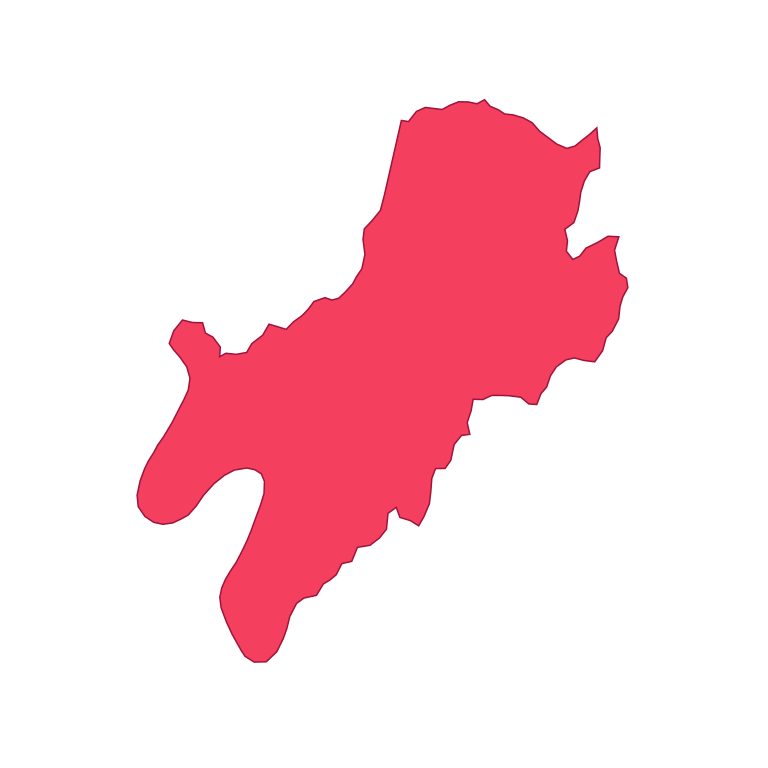 outline of Zortéa, Santa Catarina, Brazil, rotated 12°
{"feature_id": "56859067B42450400254673", "entity_name": "Zortéa", "entity_type": "district", "adm_level": 2, "iso_a3": "BRA", "parent_name": "Brazil", "parent_adm1": "Santa Catarina", "projection": "equal_earth", "projection_center": [-51.539, -27.486], "detail": "fine", "context": "isolated", "style": "filled", "palette": "rose", "viewbox_px": 768, "rotation_deg": 12, "n_neighbors": 0, "source": "geoboundaries", "source_scale": "gbopen_adm2", "svg_char_len": 2424}
<svg xmlns="http://www.w3.org/2000/svg" viewBox="0 0 768 768"><g transform="rotate(12 384 384)"><path d="M346.2,122.6L345.1,199.0L344.4,214.9L338.4,226.6L332.5,236.3L333.4,246.9L338.4,261.2L338.4,275.9L335.0,284.1L332.5,292.6L327.3,301.6L322.0,309.4L315.8,312.7L308.3,311.8L298.3,317.9L294.4,326.5L289.7,334.1L282.7,341.8L276.9,350.9L265.9,349.9L259.1,349.4L255.2,361.5L246.3,371.9L243.1,381.7L233.3,385.7L223.0,386.8L217.6,391.4L216.2,381.9L206.9,373.7L198.7,371.3L193.8,361.8L183.6,363.7L173.6,363.3L167.3,375.6L165.5,389.0L171.2,394.4L178.6,400.0L187.5,408.2L193.0,418.6L193.8,430.5L191.6,440.5L188.4,452.1L184.8,465.5L179.5,481.1L175.4,490.7L172.9,499.3L169.5,508.4L167.4,517.0L165.6,529.4L165.6,544.1L169.1,555.1L177.7,563.3L187.6,567.2L196.9,567.2L206.2,563.8L213.4,558.4L219.7,552.9L225.6,542.6L230.6,530.4L238.3,517.0L246.8,506.6L255.5,499.3L267.3,494.7L275.5,494.7L282.7,497.4L287.3,504.1L289.4,516.0L288.4,527.9L286.2,542.8L284.4,555.7L282.7,565.1L280.1,576.1L276.6,588.9L272.6,599.0L269.5,608.1L267.7,617.2L267.7,626.7L271.2,636.7L279.4,649.6L287.6,660.5L294.0,667.8L299.5,674.1L304.7,679.3L314.8,683.0L326.6,680.2L334.8,668.2L338.4,654.0L339.8,643.4L340.2,631.0L344.1,616.8L350.1,610.1L361.9,604.7L366.2,592.3L371.7,587.1L376.9,580.6L380.1,568.5L389.3,564.2L392.0,549.3L403.8,544.7L411.6,535.6L416.6,525.5L414.8,509.7L421.6,502.1L427.3,511.2L438.0,512.1L447.4,515.5L450.6,505.6L453.3,491.7L452.2,479.8L450.4,466.4L452.0,456.0L461.3,453.9L465.2,444.8L465.2,428.6L470.5,418.2L478.4,415.4L473.4,404.4L474.8,392.0L474.4,380.4L484.1,378.6L491.6,372.8L500.1,371.0L508.5,369.5L520.6,368.5L529.8,373.4L537.7,372.3L539.5,360.9L543.7,353.3L545.1,341.4L549.1,331.3L556.9,322.6L564.9,318.9L574.7,319.4L585.5,318.5L590.9,306.0L591.7,292.6L596.3,285.0L600.0,271.6L598.7,259.1L599.5,249.1L602.5,239.1L599.1,230.1L591.3,226.8L585.9,215.2L581.7,205.2L583.1,191.2L572.4,192.9L563.8,200.9L553.3,209.1L548.9,218.2L542.8,222.9L534.8,216.2L533.7,205.7L528.7,195.1L536.2,186.6L537.7,174.1L537.3,164.2L536.6,155.5L537.8,143.6L541.2,133.5L549.9,127.8L547.8,116.4L546.3,107.9L542.1,99.7L538.9,89.2L532.8,97.6L527.0,104.5L521.3,111.6L513.8,115.5L503.1,113.4L494.0,109.2L483.5,104.3L474.6,97.6L465.2,94.8L454.1,93.9L445.9,94.8L438.8,92.0L429.9,90.2L423.3,85.0L416.6,90.6L407.7,90.6L398.4,92.4L390.6,97.6L383.8,103.4L377.2,104.0L366.9,104.9L359.0,110.7L353.4,122.2L346.2,122.6Z" fill="#f43f5e" stroke="#9f1239" stroke-width="1.5"/></g></svg>